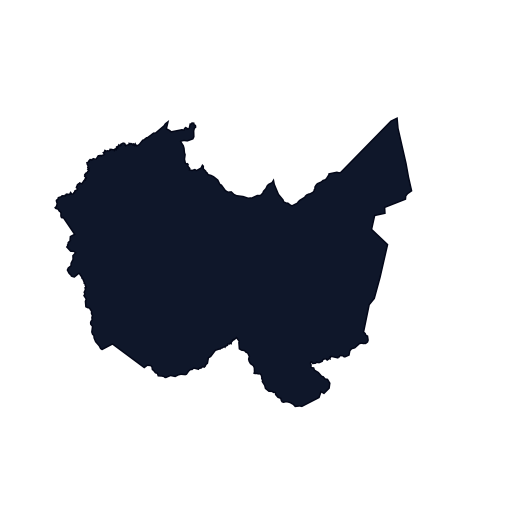 Twifo Atti-morkwa, Central, Ghana, rotated 159°
{"feature_id": "2480657B2289284937660", "entity_name": "Twifo Atti-morkwa", "entity_type": "district", "adm_level": 2, "iso_a3": "GHA", "parent_name": "Ghana", "parent_adm1": "Central", "projection": "orthographic", "projection_center": [-1.532, 5.68], "detail": "fine", "context": "isolated", "style": "filled", "palette": "ink", "viewbox_px": 512, "rotation_deg": 159, "n_neighbors": 0, "source": "geoboundaries", "source_scale": "gbopen_adm2", "svg_char_len": 6161}
<svg xmlns="http://www.w3.org/2000/svg" viewBox="0 0 512 512"><g transform="rotate(159 256 256)"><path d="M266.5,402.3L268.1,403.1L269.0,402.3L270.1,402.8L272.6,399.1L273.9,398.9L274.8,399.2L274.5,399.7L275.6,401.1L277.0,400.6L277.9,399.5L279.0,399.7L279.8,400.4L290.7,402.3L291.6,404.0L294.1,406.9L290.1,412.8L293.2,411.9L295.1,410.5L305.9,406.7L307.6,407.4L315.0,405.3L315.8,405.6L319.3,404.5L320.2,404.7L324.8,402.0L326.2,401.6L327.9,401.5L328.6,401.9L328.1,401.7L327.8,402.1L328.7,403.0L328.6,404.1L329.8,403.6L329.3,402.4L329.7,402.3L330.5,403.2L330.4,404.1L330.9,403.9L330.8,404.5L331.4,404.4L331.8,405.4L332.7,405.3L333.1,406.0L333.7,405.7L334.1,406.5L334.8,405.5L337.7,405.8L338.1,405.5L338.6,406.7L338.2,407.0L338.3,408.1L339.6,409.0L342.2,408.7L342.4,407.6L343.3,407.5L344.2,408.9L345.8,407.3L346.1,407.8L346.7,407.8L346.7,406.2L347.4,406.2L347.6,406.8L348.3,405.5L348.6,406.0L350.0,405.4L349.6,406.3L350.9,406.1L353.2,407.6L353.7,407.2L354.1,407.7L354.6,407.0L356.5,406.8L356.8,407.4L358.3,407.6L359.2,408.7L359.9,407.9L359.9,407.3L361.5,407.2L361.0,405.4L362.4,404.8L363.7,405.2L364.7,404.8L365.5,405.8L366.1,405.6L367.3,406.1L370.4,403.8L371.5,404.0L372.9,405.1L374.4,404.9L374.9,404.4L376.3,405.5L377.3,405.0L377.7,404.2L378.2,404.4L378.5,403.7L380.4,403.7L380.7,401.8L380.3,400.3L381.4,398.8L380.8,397.9L382.0,397.2L381.8,396.8L381.2,396.9L381.6,396.5L381.4,395.5L382.7,395.3L384.1,394.0L384.7,394.4L386.6,393.4L386.3,392.6L387.3,392.2L387.4,391.8L386.3,389.8L386.6,389.4L387.0,389.9L388.3,388.9L388.3,387.9L389.5,388.1L392.6,385.8L394.5,387.4L395.3,386.5L395.7,387.0L397.2,386.5L397.4,385.6L398.2,385.5L399.2,384.2L398.4,382.7L399.3,381.9L401.9,381.6L402.3,380.7L403.1,380.5L403.0,380.1L403.7,379.8L405.1,379.5L405.9,379.9L406.3,381.7L407.2,381.0L407.3,380.3L408.2,380.3L409.9,381.3L410.2,381.1L410.5,381.6L411.0,381.6L411.1,381.1L412.3,381.2L412.6,380.5L415.5,381.7L416.5,381.1L419.6,381.3L420.9,379.7L422.1,379.7L422.6,379.1L422.9,375.8L424.0,374.7L424.2,373.9L426.2,373.1L425.9,372.2L424.0,370.7L423.5,368.2L422.8,367.4L422.6,366.2L423.8,363.2L423.8,361.7L423.3,361.1L422.1,361.0L417.5,341.2L422.3,340.7L423.7,337.9L423.7,337.0L426.5,335.8L427.2,334.3L427.9,333.9L427.9,333.2L429.4,332.2L427.3,326.9L424.2,325.5L423.3,323.6L426.8,321.9L428.0,318.4L431.2,315.5L432.2,313.1L435.5,312.1L437.1,310.5L436.7,306.9L435.4,304.0L435.5,303.4L434.1,302.2L433.1,301.5L427.8,303.3L427.1,302.9L426.6,300.2L426.1,299.5L426.4,297.5L425.6,295.9L425.9,295.0L425.7,293.0L426.2,292.3L425.5,290.8L425.9,289.8L425.8,287.7L427.1,287.5L426.9,286.6L427.6,285.4L429.4,283.7L429.3,281.8L430.8,280.7L429.9,276.6L431.5,274.8L433.0,269.6L431.3,267.8L430.7,267.8L429.9,266.6L429.8,265.1L429.2,263.8L430.2,261.2L430.0,258.9L431.2,257.5L432.0,254.8L433.4,254.2L434.3,253.0L434.7,251.5L433.8,248.9L436.5,243.9L436.6,241.5L435.8,239.9L436.5,237.5L436.4,233.5L434.5,228.3L434.2,225.3L433.2,223.9L421.5,225.3L400.3,191.9L396.7,193.0L393.6,191.5L392.8,190.0L393.4,187.1L392.6,185.9L391.7,183.0L390.1,181.8L390.2,179.2L386.7,177.6L385.0,176.4L384.5,175.3L383.7,174.9L378.6,175.1L374.6,172.5L371.1,172.9L368.4,172.5L364.5,170.6L363.3,170.6L360.2,172.7L358.0,173.5L356.3,173.0L354.8,173.6L353.8,173.4L350.3,170.9L349.6,171.5L347.3,171.1L345.4,171.9L344.2,170.8L342.7,171.5L341.8,172.6L339.8,173.3L336.9,178.1L334.4,178.4L327.8,182.5L324.1,182.4L322.7,182.0L321.6,182.5L320.5,182.3L318.8,182.7L317.9,182.6L317.6,182.0L316.9,182.7L314.6,182.9L313.9,184.0L312.2,183.4L311.5,183.9L310.6,183.1L310.1,184.3L307.9,185.5L307.9,186.0L306.8,186.2L306.7,185.7L306.2,185.8L303.4,186.8L302.2,182.3L303.0,181.3L304.8,175.3L303.2,173.3L300.6,171.8L299.9,169.9L298.5,168.5L298.2,164.6L299.8,162.4L300.1,160.3L299.7,157.5L297.8,154.7L297.6,152.3L299.0,148.2L299.8,147.3L299.0,146.6L297.6,146.2L296.0,145.1L294.4,144.5L293.8,143.3L293.9,140.9L294.5,139.6L294.4,137.3L295.1,136.5L294.2,132.1L294.6,129.0L292.4,125.1L289.4,123.8L288.6,122.4L287.6,122.2L286.8,121.5L287.3,119.6L286.1,116.2L283.9,114.3L284.1,111.9L283.8,110.5L282.7,109.6L280.4,109.3L278.4,108.3L276.6,106.9L274.3,104.1L273.3,101.5L269.0,100.4L267.1,99.2L247.9,101.3L243.9,106.1L241.8,103.4L235.1,106.4L232.7,110.8L233.5,115.2L235.6,116.4L236.5,119.1L237.9,120.2L239.6,124.9L242.4,128.5L242.3,130.8L244.3,131.9L244.4,133.0L243.6,134.6L243.8,135.7L243.0,137.3L242.0,137.3L241.5,135.3L238.7,134.6L237.4,135.2L236.2,134.2L235.1,133.8L231.9,134.0L231.3,134.8L229.8,135.5L227.3,134.9L227.1,133.7L226.6,133.3L224.5,134.1L223.8,133.5L223.7,134.2L222.7,134.7L222.7,135.4L221.6,135.3L216.1,131.6L215.3,132.3L214.5,132.0L213.2,133.0L210.6,131.7L209.9,130.4L209.1,130.0L204.7,130.2L202.4,133.9L200.0,135.2L196.7,134.9L190.7,137.2L188.4,136.7L187.3,135.9L185.0,135.1L182.7,135.8L181.5,137.3L180.6,141.3L181.8,142.4L181.9,144.6L182.9,146.4L167.8,170.0L160.8,174.0L147.8,191.7L129.1,219.5L138.6,239.4L130.7,251.3L120.3,249.7L118.5,255.3L96.1,255.5L94.7,258.4L92.2,259.9L87.4,261.1L85.4,275.0L82.8,288.6L77.7,324.3L74.9,334.1L81.7,333.5L147.0,303.6L148.6,303.8L150.5,305.2L158.4,306.5L158.9,305.6L162.7,302.8L164.4,302.3L166.3,302.5L168.4,301.7L172.8,301.5L174.5,300.6L176.2,299.3L176.9,297.5L177.8,297.0L178.4,296.0L179.8,295.1L183.3,294.6L184.3,294.9L186.8,294.8L188.7,294.0L189.1,293.4L195.1,292.3L197.0,291.5L198.3,290.5L204.4,289.9L205.7,291.2L207.4,294.0L208.2,294.0L210.8,296.6L210.7,298.7L213.0,305.5L213.3,316.3L212.6,320.3L214.7,318.7L218.6,318.3L220.3,317.5L222.6,315.3L225.8,313.7L227.0,312.3L229.6,311.1L230.4,310.9L233.1,312.0L239.5,311.6L240.2,312.1L242.6,312.7L246.7,316.1L252.6,319.3L254.6,321.4L256.1,324.7L259.3,325.6L261.2,328.1L262.9,334.5L263.5,334.5L263.3,334.9L264.1,335.8L264.5,340.6L267.2,345.2L269.2,347.4L271.6,349.1L271.9,351.2L272.6,351.8L272.5,353.0L274.0,356.3L273.0,358.7L273.5,359.9L275.8,357.8L280.5,357.1L281.2,357.3L282.1,358.6L284.9,358.7L287.3,360.1L286.5,361.4L287.5,364.4L286.6,365.8L287.0,366.8L288.0,366.9L288.7,368.0L288.1,372.0L285.9,376.0L285.8,378.1L284.6,382.4L284.4,385.0L285.4,389.8L284.7,390.2L281.9,389.7L278.8,388.1L273.0,388.0L271.3,389.6L269.4,395.0L268.6,396.3L267.2,397.7L266.3,397.8L266.0,398.5L265.8,399.6L266.8,400.8L266.5,402.3Z" fill="#0f172a" stroke="#020617" stroke-width="1.5"/></g></svg>